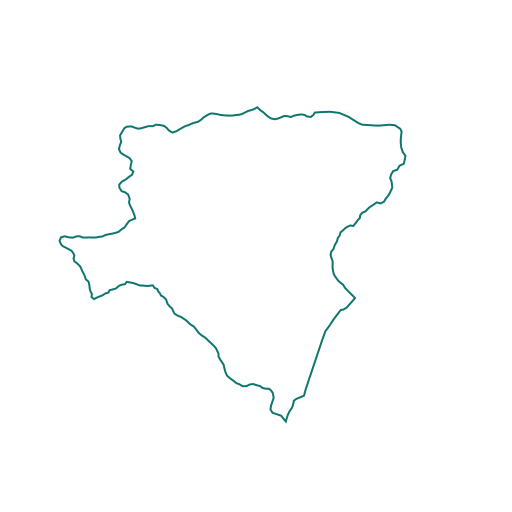 Canápolis, Minas Gerais, Brazil, rotated 70°
{"feature_id": "56859067B42327776288261", "entity_name": "Canápolis", "entity_type": "district", "adm_level": 2, "iso_a3": "BRA", "parent_name": "Brazil", "parent_adm1": "Minas Gerais", "projection": "albers", "projection_center": [-49.278, -18.757], "detail": "fine", "context": "isolated", "style": "outline", "palette": "teal", "viewbox_px": 512, "rotation_deg": 70, "n_neighbors": 0, "source": "geoboundaries", "source_scale": "gbopen_adm2", "svg_char_len": 3843}
<svg xmlns="http://www.w3.org/2000/svg" viewBox="0 0 512 512"><g transform="rotate(70 256 256)"><path d="M116.7,203.9L117.3,207.6L117.3,210.4L117.0,214.0L117.4,217.4L117.8,220.9L117.5,223.6L116.7,226.4L116.1,229.7L115.1,232.6L113.9,235.7L112.5,238.8L111.2,241.3L109.4,244.0L107.9,246.7L106.7,249.3L106.7,252.2L107.3,255.3L107.9,258.0L109.3,261.3L110.1,264.9L109.7,267.6L109.6,270.9L109.9,274.2L109.8,278.3L110.5,282.9L111.5,288.0L111.4,292.3L108.3,294.9L105.1,296.1L102.3,297.9L100.2,301.3L98.4,305.0L98.7,308.6L97.2,312.6L96.9,317.0L96.6,320.9L95.9,323.5L94.2,325.7L91.7,328.6L90.3,332.9L90.8,335.9L92.7,338.3L94.4,340.3L96.2,342.5L99.2,343.3L102.6,343.6L105.5,346.1L108.6,348.2L112.6,347.9L115.7,345.6L118.0,343.6L120.7,341.4L124.3,340.3L127.7,342.5L131.1,344.4L134.6,342.4L137.2,344.6L138.3,348.7L139.5,352.0L140.1,356.3L142.1,360.1L145.1,361.0L149.1,360.1L151.4,357.2L154.4,355.2L158.9,355.1L162.3,357.0L165.3,357.1L168.5,356.7L171.7,356.4L176.3,356.3L179.4,356.7L179.5,360.1L179.8,363.4L181.6,366.1L184.2,369.8L185.1,373.7L186.3,376.9L186.2,380.1L185.9,383.0L185.3,386.4L184.8,390.0L185.1,393.7L184.3,397.1L183.9,399.9L182.8,403.2L181.4,406.6L180.6,409.4L179.4,412.4L177.1,415.0L176.1,418.1L176.2,421.4L175.1,424.3L173.7,426.7L172.1,428.9L171.7,432.7L174.5,435.4L178.0,435.3L180.4,434.4L182.8,432.2L185.4,429.8L188.2,427.4L191.1,426.7L193.6,426.6L195.9,428.3L198.9,428.5L202.3,426.3L205.8,424.8L208.9,424.5L211.4,424.3L215.1,423.8L219.7,423.9L222.9,422.1L226.6,422.6L229.8,423.4L232.8,423.6L235.5,423.2L238.3,424.6L241.1,423.0L240.6,419.1L240.5,414.1L239.7,410.3L239.9,407.2L238.0,405.2L238.4,402.5L238.6,398.7L237.1,394.7L237.1,391.7L237.7,388.9L236.1,386.3L237.7,383.5L239.5,380.5L241.5,378.1L244.1,375.0L245.5,371.4L247.0,368.7L247.6,365.9L248.3,363.0L251.4,362.2L253.2,360.1L255.7,360.0L258.2,359.1L260.7,358.8L262.7,357.0L266.1,355.4L270.7,355.5L274.3,354.2L276.7,352.8L279.4,352.7L282.4,352.2L285.4,349.9L287.3,347.6L290.3,345.3L293.2,343.3L296.1,342.0L298.5,340.6L300.7,338.7L304.5,337.4L309.0,336.0L312.3,334.0L314.3,332.4L316.7,330.9L319.5,329.7L322.8,327.9L326.1,326.3L329.0,325.2L332.0,324.9L334.8,324.6L337.6,325.6L340.5,325.2L343.7,324.4L347.1,323.6L350.0,324.0L354.1,324.4L358.4,324.2L361.8,322.4L365.5,319.9L368.8,317.9L370.7,315.6L373.8,313.1L375.0,309.5L374.6,305.9L375.3,302.5L377.9,299.2L379.7,296.6L382.0,295.2L383.7,292.9L385.2,289.2L387.7,287.8L390.5,287.1L393.3,287.5L395.7,288.1L398.3,290.3L402.0,293.2L405.2,294.9L409.0,294.1L412.0,290.3L414.7,287.0L418.7,285.7L421.7,284.6L418.9,282.6L415.8,280.1L413.0,277.1L411.4,274.7L409.1,272.5L404.9,269.9L404.1,267.0L403.7,258.7L397.5,254.3L363.6,227.3L358.3,223.1L350.4,216.5L346.7,210.9L342.2,204.9L335.8,195.0L336.2,192.1L335.5,188.5L329.4,177.3L326.3,178.7L316.9,183.1L312.5,184.1L310.1,185.7L307.5,187.1L304.6,188.0L301.9,188.7L299.4,189.1L296.8,188.7L293.2,188.1L290.2,186.9L287.3,185.8L283.7,185.8L280.4,185.5L277.7,183.8L275.8,180.7L272.7,178.3L270.0,175.0L267.0,172.9L265.4,170.5L262.7,168.5L261.6,165.3L260.4,162.7L259.8,160.1L259.6,156.8L261.1,154.4L259.2,151.2L257.0,147.9L255.9,145.5L253.3,144.1L251.7,141.5L251.5,138.0L250.3,135.4L249.0,132.7L248.0,128.0L246.9,124.3L249.2,120.9L248.7,117.0L246.8,114.9L244.9,111.7L242.9,109.0L240.9,107.1L238.5,104.6L234.9,103.7L232.0,103.1L228.7,103.3L225.7,101.2L223.1,98.0L223.3,93.8L220.3,90.3L219.8,85.5L216.4,83.3L213.0,81.3L208.4,82.6L203.7,82.4L199.2,81.3L195.0,79.7L188.8,76.6L185.7,77.0L180.6,80.8L178.3,85.7L175.8,94.9L174.6,98.4L168.9,111.3L166.3,114.2L156.7,121.6L150.0,128.9L145.9,136.8L142.9,146.0L142.1,149.1L141.3,151.6L143.1,153.9L144.1,157.0L142.2,160.5L140.1,162.0L138.5,164.9L137.5,169.1L137.1,172.8L137.3,175.7L135.4,178.6L134.0,181.6L134.2,184.4L134.4,187.1L134.0,191.4L131.9,194.8L129.2,196.9L126.2,198.6L123.5,199.9L121.0,201.8L116.7,203.9Z" fill="none" stroke="#0f766e" stroke-width="2"/></g></svg>